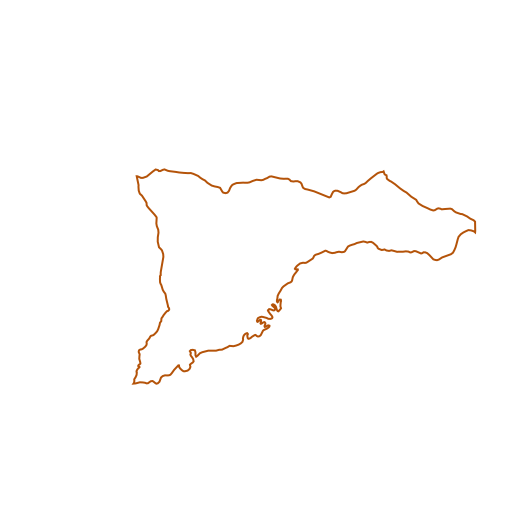 outline of Güepsa, Santander, Colombia, rotated 224°
{"feature_id": "7082276B24684560150215", "entity_name": "Güepsa", "entity_type": "district", "adm_level": 2, "iso_a3": "COL", "parent_name": "Colombia", "parent_adm1": "Santander", "projection": "natural_earth1", "projection_center": [-73.583, 6.036], "detail": "fine", "context": "isolated", "style": "outline", "palette": "amber", "viewbox_px": 512, "rotation_deg": 224, "n_neighbors": 0, "source": "geoboundaries", "source_scale": "gbopen_adm2", "svg_char_len": 6116}
<svg xmlns="http://www.w3.org/2000/svg" viewBox="0 0 512 512"><g transform="rotate(224 256 256)"><path d="M397.2,230.5L389.7,225.4L388.7,224.2L385.8,221.6L383.7,220.5L382.7,220.1L380.0,220.2L373.3,218.7L371.7,218.2L369.8,216.5L368.6,216.2L366.4,215.9L357.8,215.3L354.8,214.9L354.0,214.5L350.3,210.2L348.1,208.6L344.6,207.0L342.3,205.0L339.7,201.3L336.6,198.0L331.8,194.9L329.0,194.9L327.5,194.7L324.1,192.9L322.0,191.0L313.8,178.9L312.8,177.6L311.3,176.1L311.4,175.9L311.0,174.7L310.3,174.1L309.2,172.8L306.8,170.5L305.5,169.8L303.9,169.3L299.6,166.9L297.6,166.3L295.1,165.9L293.6,165.0L290.7,162.8L284.7,159.0L284.1,158.4L282.2,158.0L281.2,157.1L281.1,156.5L281.1,155.5L281.7,154.6L281.7,152.5L281.4,149.3L280.9,147.2L280.8,146.0L280.5,145.2L278.9,143.3L278.7,141.3L277.4,139.3L275.5,135.3L274.8,133.1L274.7,130.6L274.8,128.2L275.0,127.5L276.1,125.6L276.1,125.0L276.0,124.3L275.5,122.5L275.4,119.8L275.2,118.6L274.9,118.0L273.6,116.9L273.0,115.9L272.8,115.0L272.7,113.4L273.0,110.6L273.5,109.3L274.0,108.8L274.5,107.7L274.6,106.9L274.3,106.3L273.9,105.7L273.2,105.2L271.8,104.7L271.1,104.1L270.4,103.1L268.5,100.9L265.7,99.3L264.6,98.5L264.4,98.2L264.4,97.3L264.7,96.5L264.7,96.1L264.5,95.3L264.0,94.9L262.9,95.3L262.6,95.1L262.6,92.2L262.2,90.7L261.9,90.1L261.4,89.6L261.0,89.6L259.6,87.9L259.0,86.9L258.8,86.0L258.3,84.9L258.2,83.8L257.9,82.7L256.8,81.7L255.7,80.2L255.5,79.1L254.1,80.7L251.8,84.5L249.6,86.4L247.8,87.7L246.2,88.4L245.3,89.5L245.0,91.4L244.7,92.8L243.7,94.1L242.8,94.4L240.5,94.6L239.0,94.9L238.2,96.2L238.1,98.5L239.9,102.6L239.7,104.8L238.6,106.9L236.6,108.7L235.7,109.8L235.1,111.1L235.2,113.2L235.8,117.3L235.9,123.4L235.4,123.8L234.2,122.8L232.5,122.4L230.0,122.4L228.2,122.7L227.2,123.5L225.6,126.0L225.4,127.6L225.4,128.9L226.2,130.7L228.0,131.9L228.0,133.0L227.5,135.6L227.7,136.9L229.6,138.2L231.5,138.7L233.6,139.0L234.7,139.5L235.5,141.0L237.5,141.6L237.5,143.1L236.3,144.6L234.4,145.7L232.7,144.7L230.5,142.5L229.1,142.0L228.8,143.5L228.8,147.1L227.8,149.5L224.6,154.7L219.0,160.1L217.3,163.0L215.4,165.0L213.9,169.0L213.2,170.6L212.6,173.0L209.6,175.4L208.2,177.6L206.9,180.2L206.2,182.7L206.1,184.8L207.1,186.8L208.2,187.7L209.1,189.2L209.6,190.5L209.6,192.5L209.1,193.9L208.7,194.4L207.6,194.2L206.9,192.6L205.1,191.3L204.5,191.1L203.9,191.2L203.3,192.1L202.9,193.5L202.8,195.1L202.0,198.2L201.5,198.9L199.8,199.0L198.9,199.3L198.3,199.9L197.8,200.7L197.6,202.3L197.7,202.7L199.1,207.2L198.9,208.3L197.7,211.3L197.3,213.3L197.3,214.2L197.5,214.8L197.9,215.2L198.8,214.8L199.3,214.1L200.0,211.7L200.4,211.1L200.8,211.2L201.4,211.8L202.1,213.7L202.7,214.2L203.9,214.4L204.6,213.4L205.0,211.4L205.4,210.6L205.9,210.6L207.2,212.8L208.0,213.4L208.3,213.4L208.7,213.0L208.8,212.2L208.9,210.5L209.1,209.7L209.5,209.6L210.3,210.0L211.3,212.1L211.4,212.8L210.7,214.7L209.8,216.2L208.6,217.0L205.2,218.9L204.2,219.1L203.2,219.6L201.8,220.9L201.2,222.4L201.4,223.1L202.2,223.7L203.4,224.0L205.9,224.2L208.9,224.8L209.7,225.2L209.7,225.6L209.4,226.6L209.6,227.0L208.4,227.8L205.7,228.9L205.1,229.7L205.1,230.8L205.7,231.5L207.0,231.7L209.6,231.6L210.5,231.8L210.5,232.7L209.7,233.4L208.0,233.7L206.3,233.3L203.8,231.8L202.1,231.4L201.4,231.8L201.5,234.5L201.7,235.8L203.4,236.7L204.5,237.9L206.1,239.9L206.7,241.0L207.8,241.8L208.7,241.2L208.7,239.8L208.3,238.6L208.3,237.7L209.2,237.7L210.3,238.8L211.2,240.4L212.7,242.3L213.6,244.9L214.2,247.9L215.1,251.2L215.1,253.2L214.4,257.0L214.1,258.5L212.9,261.0L212.7,262.3L213.0,263.4L214.8,266.3L215.4,268.3L215.7,270.0L215.8,271.7L216.2,275.1L216.7,275.4L218.4,273.8L219.1,273.8L219.4,274.8L219.6,276.4L219.6,277.8L219.1,281.3L217.5,283.8L215.9,285.1L215.2,286.1L214.8,287.4L213.4,293.6L213.7,295.0L214.2,296.1L214.2,297.4L213.8,298.7L212.5,300.9L211.2,304.0L209.8,308.0L208.8,308.6L207.2,309.0L205.5,309.7L203.2,311.0L201.5,313.1L200.8,314.5L199.3,316.7L196.9,318.3L195.6,320.0L195.3,321.2L196.4,326.7L195.8,328.6L194.7,330.8L193.4,333.0L192.5,335.4L188.9,341.0L187.0,342.2L185.3,342.9L184.2,344.9L182.9,346.2L181.0,346.8L177.2,347.0L175.4,347.0L174.3,346.4L173.0,346.3L169.8,347.6L168.9,348.7L168.1,350.0L166.0,350.6L163.8,352.1L162.5,354.2L159.7,355.8L157.6,356.9L153.3,361.1L151.5,363.4L149.5,365.0L147.5,365.7L146.7,366.7L145.7,369.4L144.3,370.5L139.0,372.5L138.3,373.7L138.1,375.0L136.8,376.2L134.8,377.0L131.8,377.1L126.1,376.8L124.3,377.7L122.9,378.7L122.0,380.4L121.1,384.3L117.0,392.7L116.6,395.2L117.4,398.0L118.5,400.9L119.7,403.2L122.5,408.2L123.6,410.5L123.8,413.9L123.2,416.9L122.3,419.5L121.2,422.2L119.1,423.8L116.4,425.1L114.8,425.2L115.6,426.2L122.3,432.9L124.3,432.9L127.8,431.7L129.6,431.4L131.6,431.1L136.7,429.4L138.1,428.3L142.4,426.3L144.4,425.9L147.7,425.8L149.2,425.0L153.3,420.4L154.8,418.6L156.2,418.1L157.8,417.1L158.5,416.0L159.2,413.2L160.1,411.9L162.9,410.5L165.7,409.6L170.9,407.7L175.6,406.7L178.3,407.2L179.7,407.7L185.5,406.5L191.8,406.2L194.9,405.4L199.4,404.7L205.9,404.2L210.6,403.4L212.0,402.9L215.1,402.5L216.2,402.9L217.1,403.9L218.2,404.7L219.5,404.2L220.5,404.2L223.0,405.5L223.2,404.5L224.7,402.8L225.8,400.6L226.2,399.2L227.3,391.7L227.7,387.6L227.8,384.7L228.2,383.1L229.4,380.7L229.8,379.0L230.1,376.9L230.0,373.3L230.4,371.4L234.5,364.0L236.0,362.3L237.5,361.2L239.3,360.8L242.6,359.6L244.2,358.2L244.8,357.2L245.1,355.7L244.4,353.2L243.4,350.5L244.0,349.0L259.1,342.9L265.0,339.7L267.2,338.3L269.2,337.8L270.4,338.1L273.5,339.6L275.2,339.8L277.9,338.8L279.6,337.2L280.8,335.6L282.9,334.1L285.1,334.2L286.8,333.7L289.8,330.7L292.5,328.5L300.2,324.0L301.4,322.5L302.1,319.8L303.0,317.9L303.7,315.8L304.8,314.2L308.6,311.2L310.5,307.7L311.8,304.5L313.0,302.8L316.5,299.5L320.7,294.9L321.7,292.7L322.4,290.8L322.3,289.0L321.8,286.8L320.7,284.2L320.5,281.8L321.5,280.1L323.6,278.8L325.0,278.9L329.2,280.1L331.5,279.0L334.1,277.3L336.8,275.9L341.8,274.9L345.2,274.9L347.8,274.1L350.4,273.6L353.2,273.4L358.1,271.6L360.5,270.4L362.3,268.5L365.8,265.5L369.3,262.7L372.2,260.7L377.1,257.0L378.7,256.0L382.0,254.7L382.9,253.2L383.8,250.7L384.9,249.6L386.2,249.7L388.3,248.5L388.9,245.2L389.8,237.3L391.6,233.7L393.0,232.3L396.6,231.0L397.2,230.5Z" fill="none" stroke="#b45309" stroke-width="2"/></g></svg>